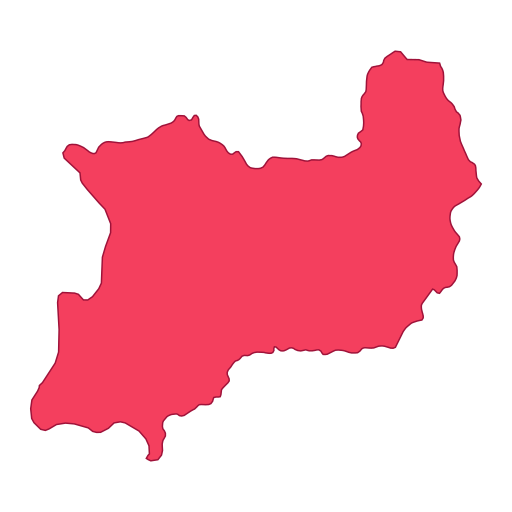 outline of Chuarrancho, Guatemala
{"feature_id": "79465075B45501962231680", "entity_name": "Chuarrancho", "entity_type": "district", "adm_level": 2, "iso_a3": "GTM", "parent_name": "Guatemala", "parent_adm1": "", "projection": "robinson", "projection_center": [-90.462, 14.853], "detail": "fine", "context": "isolated", "style": "filled", "palette": "rose", "viewbox_px": 512, "rotation_deg": 0, "n_neighbors": 0, "source": "geoboundaries", "source_scale": "gbopen_adm2", "svg_char_len": 6033}
<svg xmlns="http://www.w3.org/2000/svg" viewBox="0 0 512 512"><path d="M190.3,411.3L193.1,409.7L194.6,409.0L196.8,406.9L197.9,405.7L199.2,404.7L201.4,404.5L205.7,404.7L208.8,404.5L210.9,403.6L212.6,401.3L213.2,399.1L213.7,397.5L216.0,397.0L218.3,397.0L220.2,396.7L220.9,394.7L221.5,389.7L222.9,387.9L225.3,385.4L227.9,382.8L229.2,380.9L229.1,378.8L227.3,374.7L227.2,372.4L228.1,370.2L229.0,369.0L230.6,367.2L232.5,364.3L234.0,362.4L235.4,361.0L237.5,360.4L238.9,359.6L240.1,358.5L242.0,356.2L244.2,355.4L246.1,355.5L247.6,355.6L249.7,355.0L251.9,353.5L254.1,352.6L257.0,352.1L260.5,352.2L264.0,352.4L265.4,352.8L268.2,353.2L269.8,353.3L271.3,353.2L272.8,352.5L273.9,350.5L273.8,348.6L274.4,346.8L276.0,347.0L279.0,349.8L280.8,350.8L282.4,350.9L283.9,350.8L286.1,349.9L289.5,348.0L291.8,347.8L293.6,348.4L295.0,349.4L297.7,350.5L300.7,350.9L302.8,350.5L305.8,349.8L307.6,350.4L309.3,350.8L312.1,350.8L314.8,350.4L316.9,349.9L318.8,349.8L320.9,351.1L321.9,352.9L323.1,354.4L325.1,354.5L327.3,354.2L333.4,351.1L335.5,350.2L338.2,350.0L341.6,350.3L343.1,350.5L344.8,350.9L348.8,352.3L351.5,352.9L355.6,352.9L357.6,352.7L359.9,351.1L361.8,348.8L363.3,348.0L364.9,347.7L366.4,347.8L368.7,348.0L371.3,348.1L373.8,347.9L376.0,347.1L378.5,346.2L380.3,346.0L382.1,345.9L384.5,346.2L388.2,347.3L390.7,348.1L393.2,348.2L395.4,347.3L403.1,331.7L404.1,330.2L405.8,327.9L407.2,326.6L410.4,323.9L411.6,323.0L413.6,322.2L415.4,321.6L417.2,321.0L419.4,320.5L421.9,320.0L423.2,317.9L423.2,316.0L422.7,313.8L422.2,312.1L421.5,309.2L421.3,306.9L421.4,305.2L422.2,303.4L432.6,289.1L434.3,289.8L437.2,292.8L439.5,293.3L440.7,291.8L442.6,289.2L444.1,288.0L445.5,287.4L447.4,287.2L449.5,286.7L451.5,285.3L453.7,282.5L454.8,281.1L455.8,279.2L456.4,277.8L457.0,275.6L457.1,273.4L457.1,270.3L456.8,266.8L455.8,264.9L454.2,262.2L453.4,260.0L453.3,257.2L453.5,254.6L453.8,252.8L454.8,249.6L456.1,246.4L457.0,244.9L457.8,243.6L459.4,240.9L459.8,239.0L459.4,236.9L458.5,235.7L455.4,232.1L454.5,230.9L452.8,228.0L451.8,226.1L451.1,224.5L450.6,222.8L450.1,220.4L449.9,218.4L450.0,216.2L450.5,212.6L451.1,210.9L452.3,209.0L453.6,207.3L455.2,205.9L459.8,203.3L463.0,201.4L465.0,200.2L466.9,198.9L468.3,198.0L470.6,196.7L472.1,195.6L473.9,193.9L475.2,192.5L477.5,189.9L478.7,188.4L479.7,186.9L481.3,184.0L478.8,181.2L477.8,179.6L476.8,177.9L476.5,176.3L475.9,170.5L475.8,167.8L475.4,165.6L474.5,164.2L471.9,162.4L470.4,161.8L468.4,159.7L466.7,156.0L465.7,153.6L464.4,150.8L463.5,148.6L461.5,144.1L460.4,141.3L459.2,135.5L459.0,131.3L459.0,128.7L459.3,127.1L460.2,123.7L460.5,121.9L460.9,120.0L460.4,116.9L460.0,115.3L458.0,112.9L456.5,111.9L455.0,109.2L454.2,106.7L453.1,105.1L452.0,103.7L450.9,102.6L448.2,100.5L446.5,98.5L445.1,96.2L443.4,92.7L442.8,90.8L442.7,88.5L442.9,86.5L443.2,84.4L443.6,80.7L443.6,76.1L443.3,72.4L442.7,70.2L441.8,68.2L440.6,66.4L439.6,63.1L426.8,62.2L419.0,59.7L407.1,59.5L400.6,51.8L395.1,51.2L393.2,52.4L389.2,55.1L387.3,56.3L384.9,58.2L383.7,60.5L383.4,62.3L382.0,64.5L380.3,65.4L378.6,65.9L376.9,66.1L375.3,66.5L373.9,66.7L371.8,67.3L369.7,70.2L368.7,71.9L367.6,74.2L367.1,76.0L366.8,78.6L366.5,81.3L366.4,85.0L366.2,89.6L365.8,91.7L364.1,94.0L363.0,95.2L362.0,96.8L361.4,98.4L361.1,101.6L361.1,103.8L361.0,106.5L361.3,111.2L362.3,113.3L363.2,116.1L363.4,118.1L363.6,120.3L363.7,122.8L363.5,126.1L362.8,129.9L360.7,131.6L358.4,133.2L357.5,135.2L357.3,137.1L357.8,138.8L359.5,140.9L360.6,141.9L361.3,143.5L361.1,145.6L360.0,147.5L357.3,149.6L354.4,150.7L352.5,151.5L350.8,152.4L344.6,156.4L342.2,157.2L340.8,157.3L338.1,157.3L335.7,156.7L334.2,156.2L331.8,155.6L329.7,155.6L328.3,155.5L326.3,156.2L324.6,157.6L323.3,158.7L321.9,159.6L319.3,160.1L317.0,160.0L314.3,159.9L311.5,159.9L309.4,160.7L307.8,161.1L306.2,161.0L304.7,160.9L303.0,160.4L301.3,160.0L296.7,158.8L294.9,158.6L291.8,158.4L287.2,158.4L283.1,158.2L280.4,157.9L276.1,157.3L274.2,157.2L272.6,157.2L270.5,158.2L268.5,159.7L267.5,161.0L266.3,162.6L264.8,165.0L262.9,167.2L260.4,168.3L258.3,168.6L255.1,168.6L251.8,168.1L250.1,167.6L247.9,165.9L246.5,164.2L245.1,161.6L243.6,159.0L242.1,156.5L238.5,151.7L236.1,151.7L234.7,152.6L232.6,154.2L230.5,154.2L228.4,152.9L227.0,151.3L225.9,149.4L224.9,147.5L223.8,146.0L222.3,144.7L220.1,143.2L218.4,142.3L216.1,141.5L213.8,141.0L211.8,140.5L208.7,139.2L206.3,137.0L205.2,135.9L203.9,134.1L202.0,130.8L199.3,126.1L198.9,124.2L198.7,119.2L197.8,116.9L196.2,115.3L194.3,115.5L193.0,117.3L191.5,119.9L189.1,120.5L187.7,119.6L186.1,117.4L184.3,115.9L181.3,115.7L178.4,115.7L176.9,116.4L175.9,117.9L174.9,119.8L173.7,121.3L172.4,122.3L171.1,123.1L168.4,124.0L165.3,125.0L163.2,125.5L161.6,126.1L160.1,127.0L158.6,127.9L156.6,129.5L153.9,132.1L151.3,134.5L148.2,136.9L146.7,137.5L143.8,138.3L138.6,139.6L135.1,140.7L132.4,141.4L129.0,141.8L125.2,142.1L123.0,142.7L120.5,142.9L118.7,142.8L115.9,142.4L111.2,141.9L108.4,141.7L106.2,141.9L104.6,142.4L102.4,143.6L100.9,144.9L98.7,147.2L97.6,149.5L96.0,152.8L94.3,153.6L92.8,153.5L90.9,152.8L89.2,151.9L87.9,150.8L83.6,147.6L80.5,146.1L78.0,145.1L76.1,144.6L74.0,144.5L72.0,144.4L69.3,144.8L67.2,146.4L66.3,147.9L64.8,150.7L62.9,152.9L64.2,158.1L80.0,172.9L80.7,180.0L82.3,183.2L87.4,189.6L99.2,203.1L105.0,209.2L110.7,223.7L110.6,232.7L105.6,246.3L102.4,257.2L101.4,283.1L98.8,288.7L92.5,296.7L87.7,300.0L83.4,299.9L78.4,294.3L74.6,293.1L62.5,292.5L58.5,295.8L57.6,302.6L59.1,329.7L58.6,352.1L55.2,363.1L42.5,382.6L39.4,385.5L39.2,387.5L37.6,391.1L31.9,400.0L30.7,408.7L31.7,418.5L34.0,422.7L40.7,429.3L45.4,430.4L49.1,428.9L56.5,424.5L65.5,423.1L74.3,423.9L88.3,427.9L92.7,431.4L96.6,432.4L100.6,432.3L108.4,428.3L114.1,422.9L120.4,421.8L125.2,422.9L139.0,431.0L145.9,438.9L149.0,445.8L149.4,453.9L148.0,455.4L146.3,458.4L148.2,459.6L150.8,460.8L157.9,459.7L161.5,455.1L162.5,450.5L162.3,447.0L162.2,444.0L162.9,440.5L164.1,438.4L165.4,436.0L165.4,433.2L164.4,430.9L162.8,428.7L162.4,426.3L162.7,422.6L163.4,420.9L166.9,416.7L168.4,415.7L171.0,414.6L172.5,414.3L176.3,413.9L177.7,414.3L179.4,415.6L181.6,416.0L184.2,415.4L190.3,411.3Z" fill="#f43f5e" stroke="#9f1239" stroke-width="1.5"/></svg>